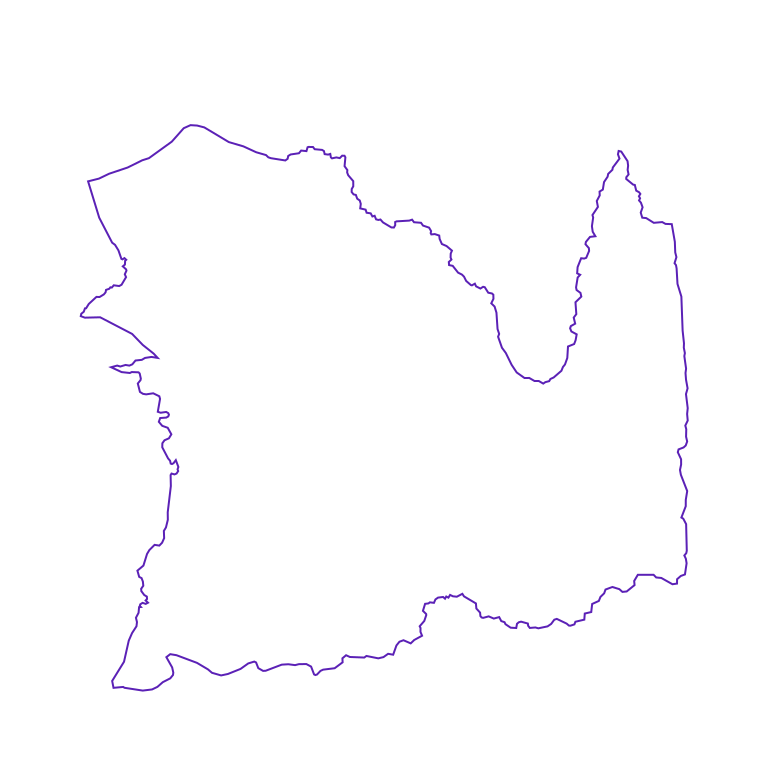 the district of Rio Quito (Paimadó), Chocó, Colombia, rotated 173°
{"feature_id": "7082276B43042384629965", "entity_name": "Rio Quito (Paimadó)", "entity_type": "district", "adm_level": 2, "iso_a3": "COL", "parent_name": "Colombia", "parent_adm1": "Chocó", "projection": "orthographic", "projection_center": [-76.811, 5.552], "detail": "fine", "context": "isolated", "style": "outline", "palette": "violet", "viewbox_px": 768, "rotation_deg": 173, "n_neighbors": 0, "source": "geoboundaries", "source_scale": "gbopen_adm2", "svg_char_len": 6129}
<svg xmlns="http://www.w3.org/2000/svg" viewBox="0 0 768 768"><g transform="rotate(173 384 384)"><path d="M653.0,621.2L646.4,583.8L636.6,557.4L634.0,554.9L631.3,549.0L629.4,540.2L628.4,539.6L626.3,540.6L624.7,538.7L625.9,537.9L626.6,534.1L628.9,532.6L626.0,529.2L625.8,527.9L627.9,524.5L627.0,521.5L632.4,514.5L634.9,513.5L640.2,514.9L642.4,512.9L643.8,513.3L645.1,512.0L648.4,511.3L649.2,508.9L651.1,507.1L655.7,505.0L658.8,505.5L667.3,499.4L670.4,495.5L671.6,495.5L673.2,492.3L675.9,490.6L676.7,488.3L672.8,486.3L657.6,484.8L627.9,464.4L618.7,452.2L608.9,442.2L605.5,437.5L611.5,439.2L618.0,439.0L621.4,437.5L627.8,437.6L631.4,434.2L634.5,433.3L638.2,434.4L643.6,433.5L646.6,434.8L652.8,433.9L643.0,427.8L634.9,425.9L632.9,426.6L626.2,425.5L625.2,424.2L624.7,419.0L625.2,417.5L628.3,414.5L627.2,405.9L624.4,403.6L621.3,402.7L614.2,402.9L608.5,399.2L608.1,396.5L611.9,384.0L609.2,382.7L603.6,382.8L601.7,381.4L601.2,379.7L602.1,378.1L604.2,377.2L610.3,377.5L612.1,373.9L609.2,369.5L604.0,366.9L601.2,360.0L604.1,356.3L608.7,354.9L611.2,352.2L611.8,348.2L607.4,336.5L605.7,333.9L605.4,331.0L604.2,330.4L602.6,331.0L599.9,333.8L598.2,326.7L599.3,324.5L598.9,322.7L600.8,320.4L603.0,319.8L605.8,321.0L606.9,319.6L608.0,308.7L614.3,283.0L615.1,275.6L617.9,268.2L620.4,265.0L621.0,257.8L623.6,253.5L626.7,251.0L631.3,252.3L637.1,247.8L639.9,244.2L644.9,233.1L651.5,228.8L650.5,222.4L648.3,220.9L647.4,217.3L647.5,213.1L650.0,210.3L650.1,208.0L647.7,203.8L645.3,201.9L645.4,199.5L647.0,198.2L644.9,195.7L647.3,194.8L650.3,196.2L652.8,195.0L653.4,193.5L652.5,192.3L654.3,192.3L655.5,186.8L658.7,182.2L658.2,177.8L659.2,173.7L664.4,167.5L668.6,160.4L675.9,140.0L690.0,122.4L689.5,115.4L679.8,115.1L678.6,114.1L660.8,109.1L651.4,109.1L645.8,111.0L639.9,115.0L632.0,117.9L628.9,120.9L628.3,123.2L628.8,128.5L633.3,139.4L629.1,141.9L623.0,140.1L603.6,130.0L593.5,122.2L589.9,118.3L581.2,114.6L574.3,115.2L561.1,118.7L552.8,123.2L546.6,124.3L544.9,123.2L543.4,117.3L539.0,114.0L536.4,113.8L519.7,117.9L513.1,117.5L506.5,115.8L502.7,116.3L495.2,115.5L490.8,112.4L488.8,104.3L487.6,103.5L485.9,103.8L482.0,107.0L479.2,107.9L467.6,107.9L459.0,112.8L458.7,116.8L454.7,119.4L451.1,117.2L436.9,114.9L434.6,116.2L423.1,112.4L417.8,113.0L412.8,115.7L407.9,114.2L403.5,123.0L400.1,126.3L395.9,127.3L389.1,123.3L385.1,126.3L376.9,129.5L378.0,133.5L377.5,137.4L378.1,139.2L372.9,143.9L370.2,149.5L370.2,150.6L373.0,154.1L370.0,160.8L366.6,160.8L365.1,161.7L361.1,160.7L359.2,163.9L356.4,165.4L351.3,165.4L349.6,163.5L348.1,165.5L346.1,164.1L344.1,166.6L341.5,164.9L337.6,164.0L331.8,166.2L330.5,163.5L319.5,155.0L319.7,149.9L316.5,145.4L316.6,141.9L315.6,140.4L314.1,139.8L308.4,140.6L303.6,137.8L298.1,138.6L296.5,134.4L293.4,132.9L292.7,130.8L288.0,126.7L282.5,125.7L281.2,129.8L279.2,131.1L276.9,131.4L270.4,128.7L270.4,126.5L269.0,124.1L263.4,123.9L260.6,122.7L251.2,123.5L247.3,125.5L243.7,129.3L241.1,129.8L231.9,123.9L229.9,121.7L228.4,121.4L224.3,122.2L223.0,124.7L213.9,125.7L212.7,131.7L206.1,132.4L204.2,140.3L197.2,142.5L195.1,146.3L191.0,149.4L189.2,153.0L182.1,154.7L175.4,151.7L172.7,148.6L168.4,148.5L159.8,153.9L159.7,158.0L155.3,163.7L139.7,161.8L137.4,158.8L132.4,157.7L122.1,150.1L117.5,150.2L116.9,154.5L112.8,157.3L108.5,158.3L105.5,169.2L105.7,173.8L106.8,177.2L104.6,179.3L103.8,181.6L101.2,208.1L103.4,213.9L105.1,215.2L99.4,225.9L98.6,232.2L96.1,240.8L100.4,257.7L100.7,262.6L98.9,267.9L98.3,273.1L100.7,280.5L99.6,283.2L94.4,284.5L92.0,286.2L90.1,290.0L90.6,294.9L89.5,302.3L90.0,306.0L87.0,310.7L86.8,317.3L85.5,323.0L85.5,337.2L83.2,342.7L83.7,351.4L83.4,358.2L82.3,362.4L82.5,375.1L81.6,378.0L82.0,383.5L81.3,387.8L81.1,400.6L78.2,434.5L80.5,447.6L79.5,463.0L79.7,466.4L80.9,468.5L78.3,474.3L78.9,479.1L78.0,489.7L78.9,507.6L85.1,508.6L88.1,510.8L96.6,511.1L103.5,516.7L107.4,517.6L108.3,522.8L105.8,527.9L106.9,532.7L108.5,535.1L107.2,537.1L108.1,539.3L106.4,541.4L107.4,543.2L110.1,545.2L110.8,551.0L112.4,551.5L118.6,558.0L118.3,559.7L115.7,562.2L116.1,566.8L115.1,570.9L115.1,575.5L120.2,585.8L122.7,586.7L123.8,583.5L122.8,579.0L130.5,571.0L131.2,568.8L135.9,565.2L136.8,562.5L141.0,557.6L143.1,550.3L146.6,548.7L146.9,544.9L150.5,539.7L150.1,533.7L156.5,526.3L156.1,523.8L158.4,515.3L158.3,509.7L156.2,504.9L161.6,504.9L166.3,500.4L167.0,498.2L164.1,493.9L164.2,491.1L167.9,484.6L170.0,484.1L173.0,484.8L177.6,476.4L178.8,470.3L176.0,468.5L178.8,466.1L181.6,456.5L181.4,453.8L177.9,450.5L177.5,446.7L184.0,441.8L184.6,429.9L187.6,426.8L186.9,420.6L191.5,418.7L192.5,416.6L191.6,413.3L186.7,409.8L188.5,404.1L190.4,400.5L196.8,398.8L198.9,387.5L202.0,381.3L204.3,379.1L206.3,375.5L214.8,369.8L218.2,368.7L219.7,366.7L223.6,366.2L225.9,365.0L230.0,368.1L234.2,368.6L239.1,372.3L243.8,372.8L250.9,379.3L255.0,387.5L259.3,399.9L262.5,405.6L265.0,417.0L263.6,419.7L264.6,424.7L263.7,441.1L264.8,447.4L267.7,451.0L265.0,455.2L264.6,459.3L265.8,460.7L269.4,461.9L272.2,467.8L273.8,468.4L276.7,467.0L280.7,469.7L281.6,472.5L284.7,471.2L285.7,471.6L289.9,476.3L291.5,480.8L293.3,483.1L296.9,485.5L301.4,492.9L304.9,494.1L304.8,497.2L301.9,499.3L302.5,501.4L301.9,505.3L300.3,508.1L305.1,513.3L309.5,515.9L311.1,521.2L311.1,524.6L315.3,526.6L318.8,526.7L319.3,528.1L318.6,530.0L320.2,533.7L326.0,536.5L327.6,539.5L334.5,540.9L336.1,543.7L339.0,543.1L351.7,543.9L353.2,543.4L353.5,540.3L355.1,538.1L357.6,538.5L365.3,544.5L367.5,547.7L369.6,547.5L371.8,548.4L372.8,552.1L375.1,551.7L376.4,555.0L380.4,556.1L381.0,559.3L386.2,561.2L385.1,565.6L385.7,569.1L388.0,571.2L388.9,575.1L391.1,575.9L392.7,578.5L392.3,581.4L390.4,584.0L389.8,589.1L394.1,595.6L394.8,598.5L394.3,600.8L396.6,605.0L394.7,613.7L395.4,615.4L397.7,615.7L400.4,613.6L403.7,614.7L408.1,614.3L409.1,615.4L409.3,618.9L411.5,618.5L414.9,619.4L415.2,622.5L416.9,623.9L424.2,625.5L425.6,627.9L430.2,628.5L431.0,628.3L432.6,624.6L437.8,625.8L440.3,623.4L448.7,623.2L451.3,622.0L452.2,619.3L454.7,617.9L468.7,621.9L471.2,623.1L473.2,625.6L482.6,629.6L494.6,637.0L508.5,643.0L531.1,660.6L538.0,663.3L544.5,664.5L551.6,662.3L565.1,650.4L589.8,636.8L596.7,635.5L612.1,630.1L631.2,626.2L641.9,622.6L653.0,621.2Z" fill="none" stroke="#5b21b6" stroke-width="2"/></g></svg>